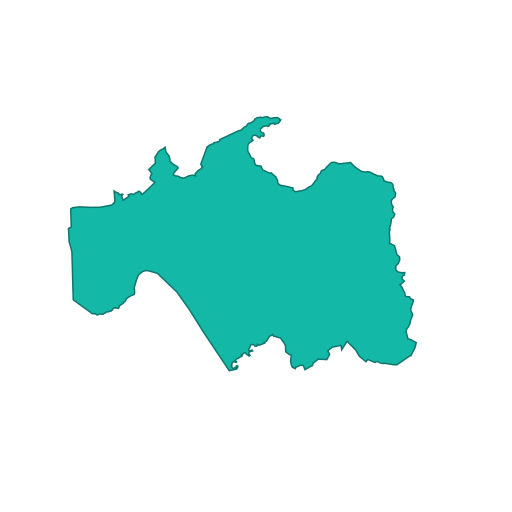 Epatlán, Puebla, Mexico, rotated 300°
{"feature_id": "50627088B13009313759140", "entity_name": "Epatlán", "entity_type": "district", "adm_level": 2, "iso_a3": "MEX", "parent_name": "Mexico", "parent_adm1": "Puebla", "projection": "albers", "projection_center": [-98.367, 18.615], "detail": "fine", "context": "isolated", "style": "filled", "palette": "teal", "viewbox_px": 512, "rotation_deg": 300, "n_neighbors": 0, "source": "geoboundaries", "source_scale": "gbopen_adm2", "svg_char_len": 6162}
<svg xmlns="http://www.w3.org/2000/svg" viewBox="0 0 512 512"><g transform="rotate(300 256 256)"><path d="M385.8,313.7L385.4,311.8L384.7,310.3L383.7,309.3L382.8,307.3L381.9,304.6L382.7,296.4L384.3,291.2L383.1,289.8L380.1,285.5L378.5,283.6L377.1,280.9L376.6,277.4L374.9,274.8L374.1,274.3L367.3,272.5L365.9,272.5L364.9,272.0L363.8,270.8L362.2,270.0L360.0,270.4L358.8,270.2L357.5,269.6L355.3,269.4L354.5,269.6L354.4,270.2L353.9,270.3L345.3,269.2L344.0,268.7L342.2,267.3L338.3,265.5L335.4,263.0L334.7,261.9L331.5,258.3L331.4,255.0L332.4,254.7L333.4,253.9L330.9,245.7L329.5,242.0L329.8,238.7L332.6,236.5L333.8,234.2L334.5,233.5L334.4,232.8L334.8,232.2L334.9,230.4L335.6,228.2L335.6,227.7L335.3,227.6L334.8,226.7L334.3,224.3L334.1,220.4L333.8,218.7L336.4,215.3L335.4,213.4L335.1,212.0L334.6,211.1L334.8,210.0L336.1,208.0L337.2,207.4L338.8,205.8L338.7,205.2L339.0,204.9L338.7,203.5L338.9,202.4L342.8,196.4L345.6,194.7L348.2,193.5L349.2,193.4L350.7,193.7L354.7,195.6L355.6,193.4L357.5,193.1L358.6,193.3L360.1,194.2L360.2,195.6L360.6,196.7L360.1,197.5L360.0,200.0L360.3,200.3L361.6,200.1L362.7,200.5L363.4,202.6L363.8,202.8L365.0,202.5L366.2,201.3L366.1,200.0L365.8,199.1L366.5,197.3L367.0,196.9L368.2,196.5L369.0,196.6L372.1,197.7L373.0,198.9L373.8,199.4L374.1,201.5L374.6,202.0L375.4,202.3L375.7,201.9L376.8,202.4L377.6,202.2L378.4,203.5L379.7,204.7L379.4,206.2L379.9,206.9L381.3,207.8L381.9,208.8L383.8,209.3L386.1,209.4L385.6,208.5L386.6,207.9L386.7,206.7L386.3,204.7L385.3,203.5L384.6,202.1L383.5,201.2L382.4,199.7L382.2,198.7L382.3,196.8L382.1,195.9L380.4,193.6L379.5,193.0L379.0,192.3L378.4,190.5L376.2,187.8L373.7,186.4L372.8,186.8L372.3,186.7L371.2,186.3L371.0,186.0L369.4,185.5L368.2,184.6L367.4,183.4L366.7,183.1L366.0,182.8L363.1,182.6L363.0,182.2L362.0,181.6L357.0,179.9L355.8,178.3L339.5,167.0L338.4,166.5L336.9,166.8L334.2,164.4L333.4,163.1L333.0,162.9L332.1,163.0L331.1,162.3L330.4,161.4L328.4,160.1L327.7,160.1L327.3,159.7L326.8,159.8L326.0,159.1L307.8,162.3L306.5,165.1L306.1,164.6L304.6,165.1L301.0,163.1L296.8,162.2L295.3,163.6L294.4,160.8L292.0,157.9L289.0,155.8L287.2,154.3L286.1,150.9L286.3,150.2L286.1,148.2L285.2,146.5L284.9,144.2L285.9,143.3L286.7,143.3L293.4,144.6L294.0,143.4L294.1,137.9L295.0,134.5L295.4,133.8L296.8,133.0L299.1,130.8L300.9,126.4L302.2,124.9L304.7,122.9L302.1,121.9L300.9,120.9L298.8,119.8L297.3,119.5L293.4,119.2L292.9,119.4L291.4,119.1L290.6,119.3L290.2,119.9L287.1,121.7L286.3,122.5L277.1,119.9L277.1,120.7L275.2,124.7L273.4,124.5L272.4,124.7L271.3,124.9L269.9,125.7L269.5,127.6L269.3,131.6L269.1,131.6L261.9,129.7L252.1,126.6L253.5,124.1L253.6,122.9L253.4,122.1L251.3,121.0L250.4,120.2L248.8,119.8L248.1,119.1L247.5,116.9L246.8,116.1L245.6,115.4L245.1,114.8L244.2,116.1L238.4,113.4L237.9,112.9L241.1,109.4L242.7,109.9L242.8,109.6L242.4,108.8L241.4,108.0L240.9,106.6L241.6,105.5L241.2,102.4L241.4,100.6L232.2,106.8L227.9,105.5L220.4,96.8L215.4,88.4L210.4,78.7L206.0,72.9L204.1,72.0L188.6,81.6L186.1,79.8L175.0,87.0L167.7,94.4L126.7,119.6L124.2,143.3L125.8,145.8L125.5,146.5L125.5,147.9L126.2,148.6L127.8,149.4L128.1,150.8L129.1,152.6L133.2,154.9L133.9,156.3L134.7,156.6L135.8,158.0L137.1,158.5L138.8,158.6L140.4,159.3L141.8,163.1L145.0,162.8L147.2,163.9L149.3,164.8L149.7,164.6L151.2,165.4L154.4,165.1L159.2,167.6L161.7,169.7L163.1,169.5L165.8,167.8L167.5,166.4L175.7,164.4L180.6,163.6L185.8,165.6L188.0,167.5L189.3,169.9L191.1,176.8L191.6,179.6L185.3,205.4L176.6,224.4L163.9,248.4L143.3,290.2L148.1,295.5L150.1,295.9L151.5,295.4L151.6,294.4L151.3,293.9L150.0,294.7L149.5,294.8L149.5,294.1L149.1,293.5L147.2,292.9L147.1,292.1L147.5,291.3L147.6,290.5L148.3,290.3L148.5,289.3L149.3,289.2L149.7,289.6L150.7,288.8L151.3,288.9L151.7,289.1L152.1,288.9L153.0,289.1L153.4,289.8L153.7,291.4L154.1,292.1L154.6,292.2L154.9,291.6L154.5,290.9L154.7,290.2L155.6,290.2L156.7,290.4L158.0,291.2L158.4,291.8L160.3,292.5L161.8,293.8L162.6,294.0L162.6,293.0L163.0,292.6L163.9,293.1L164.2,293.5L165.6,293.9L166.5,294.5L166.8,295.3L166.1,297.6L166.4,298.1L165.9,299.4L166.0,300.3L167.0,300.5L167.9,298.5L168.9,298.0L169.9,298.3L172.1,300.6L172.4,300.4L172.5,299.8L172.0,298.9L170.6,298.1L170.4,297.6L170.5,297.1L171.7,296.4L175.3,296.2L176.1,295.8L176.8,296.1L178.0,297.9L178.0,299.5L177.4,300.1L178.2,301.7L178.7,301.8L180.1,301.2L180.6,302.9L180.3,303.1L181.2,304.2L184.9,307.0L185.1,306.2L187.5,307.7L192.3,307.7L193.8,308.2L194.6,308.6L195.0,309.2L196.3,309.6L195.3,311.5L195.8,312.1L196.3,315.0L197.3,318.2L196.0,320.9L196.2,321.0L196.1,321.4L195.7,321.4L195.1,323.2L193.1,326.3L187.9,329.7L187.3,333.9L187.7,335.7L187.6,336.0L187.2,336.5L185.8,336.9L181.8,338.8L178.8,341.7L177.9,343.0L178.0,347.0L178.4,345.4L183.4,348.9L184.9,351.8L182.0,355.2L188.0,358.7L189.2,359.7L191.6,359.0L197.3,361.3L197.6,361.1L201.7,369.1L207.5,369.0L210.0,365.5L215.1,367.6L221.2,374.3L217.6,377.1L227.7,377.5L224.4,389.5L221.1,395.0L220.7,396.7L219.4,404.1L222.3,404.6L223.3,412.3L224.6,413.0L225.4,414.1L225.4,416.4L225.9,418.6L227.9,422.2L230.4,428.9L232.2,432.4L246.4,439.1L247.0,440.0L256.2,439.5L261.1,438.1L260.9,431.1L260.1,429.1L263.5,425.9L265.2,423.9L267.0,423.2L269.0,423.1L270.9,423.4L274.1,423.2L278.5,421.8L282.9,421.2L284.2,420.5L285.2,418.5L287.1,416.6L291.1,415.5L292.3,415.5L295.2,414.9L296.6,414.3L296.4,411.8L296.6,410.5L297.4,409.4L295.9,406.2L296.1,405.3L297.2,404.1L298.6,403.3L299.3,401.6L301.9,398.1L303.0,395.1L305.4,396.1L308.4,397.0L309.3,393.7L311.9,392.7L313.7,394.1L316.0,393.1L314.5,390.7L313.1,387.0L313.9,384.2L317.1,382.0L320.4,382.9L324.4,382.5L327.1,380.7L327.5,377.5L334.2,370.8L334.0,368.0L334.1,364.8L336.2,364.3L343.5,359.5L346.4,358.6L346.3,357.9L350.8,356.8L355.0,355.2L355.2,354.9L356.8,354.9L358.0,355.6L358.9,355.7L360.9,355.5L361.6,355.2L362.1,354.4L362.2,353.4L363.2,351.8L365.6,350.6L367.0,350.3L367.6,349.6L367.7,348.9L369.0,347.3L371.0,345.9L371.7,345.5L373.5,345.6L376.7,346.8L379.9,345.7L380.7,345.0L381.2,343.1L382.3,342.5L384.4,340.0L385.4,339.6L386.2,338.9L386.6,338.3L387.1,336.2L385.5,332.4L385.4,330.5L385.0,329.3L386.2,328.3L387.3,326.7L387.8,325.9L387.8,324.6L386.1,321.0L386.2,319.2L385.8,318.4L385.9,315.5L385.4,314.5L385.8,313.7Z" fill="#14b8a6" stroke="#0f766e" stroke-width="1.5"/></g></svg>